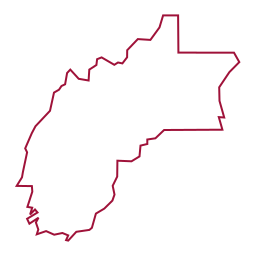 Richland, Louisiana, United States of America (Mercator projection)
{"feature_id": "52423323B54730656664663", "entity_name": "Richland", "entity_type": "district", "adm_level": 2, "iso_a3": "USA", "parent_name": "United States of America", "parent_adm1": "Louisiana", "projection": "mercator", "projection_center": [-91.813, 32.409], "detail": "fine", "context": "isolated", "style": "outline", "palette": "rose", "viewbox_px": 256, "rotation_deg": 0, "n_neighbors": 0, "source": "geoboundaries", "source_scale": "gbopen_adm2", "svg_char_len": 969}
<svg xmlns="http://www.w3.org/2000/svg" viewBox="0 0 256 256"><path d="M68.2,240.6L76.3,231.8L89.4,229.9L91.9,227.8L95.9,213.6L104.3,208.6L112.4,200.6L114.5,194.6L112.7,185.8L117.2,176.6L117.4,160.7L131.5,161.3L139.5,156.4L140.5,145.6L147.3,144.0L147.3,139.5L155.4,138.3L164.1,130.0L222.4,129.7L218.8,117.1L224.2,117.5L219.5,100.9L219.2,87.3L229.4,72.1L239.3,62.1L234.0,52.7L178.4,52.6L178.1,15.4L163.1,15.4L159.5,27.4L150.4,39.9L137.8,39.1L127.2,50.2L127.1,57.3L122.4,63.4L118.0,62.5L114.3,64.8L101.6,57.4L97.1,59.2L96.4,65.0L89.3,69.6L88.6,80.5L78.7,78.8L70.3,69.6L67.1,73.0L65.1,84.3L61.5,86.0L59.0,89.7L54.0,92.6L50.0,110.8L35.5,126.2L31.8,133.2L25.2,148.4L27.1,152.3L22.9,172.1L22.0,177.3L16.7,185.9L31.9,186.1L32.3,191.7L27.4,206.9L32.2,207.7L30.1,214.5L35.0,209.5L37.5,212.5L27.1,218.8L29.4,223.7L38.5,217.7L35.9,222.5L38.3,229.5L36.8,234.3L46.1,231.1L54.2,234.7L62.4,233.0L68.2,235.4L66.1,240.1L68.2,240.6Z" fill="none" stroke="#9f1239" stroke-width="2"/></svg>